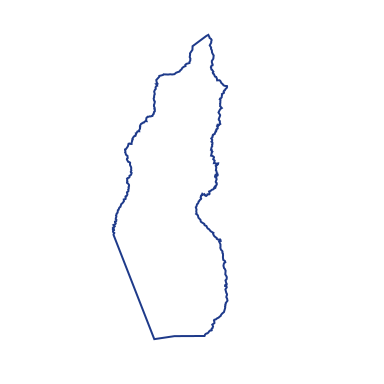 outline of Mirador, Maranhão, Brazil, rotated 115°
{"feature_id": "56859067B34634545665479", "entity_name": "Mirador", "entity_type": "district", "adm_level": 2, "iso_a3": "BRA", "parent_name": "Brazil", "parent_adm1": "Maranhão", "projection": "robinson", "projection_center": [-45.153, -6.403], "detail": "fine", "context": "isolated", "style": "outline", "palette": "blue", "viewbox_px": 384, "rotation_deg": 115, "n_neighbors": 0, "source": "geoboundaries", "source_scale": "gbopen_adm2", "svg_char_len": 6074}
<svg xmlns="http://www.w3.org/2000/svg" viewBox="0 0 384 384"><g transform="rotate(115 192 192)"><path d="M268.9,118.3L266.1,120.6L263.8,120.2L263.3,120.5L262.9,121.2L263.2,122.3L262.5,122.6L261.4,122.0L261.6,121.5L260.7,121.6L260.5,122.1L257.9,124.3L256.6,123.8L255.1,124.2L254.1,124.8L252.6,127.0L249.1,128.3L247.8,129.8L247.5,130.7L245.6,132.3L243.7,132.8L242.7,132.8L241.6,132.1L240.7,132.9L240.3,135.0L237.9,136.5L236.5,137.0L234.7,138.0L234.3,138.8L233.4,139.0L232.8,139.5L232.0,141.4L230.6,142.8L229.9,142.9L227.4,144.1L225.5,146.4L224.9,146.0L224.4,146.1L224.2,145.4L223.5,145.8L223.1,146.5L224.1,147.9L224.0,149.7L223.3,150.1L222.8,152.5L222.3,153.7L221.4,154.7L220.9,155.3L220.0,155.3L219.7,158.5L218.5,160.9L218.5,162.0L218.0,163.1L216.7,164.6L216.8,166.3L216.6,166.8L215.7,167.4L215.3,171.1L214.7,171.9L213.6,172.6L212.6,175.3L210.8,176.7L210.5,177.2L210.1,179.0L209.4,178.8L207.7,180.0L206.0,180.5L204.2,182.1L203.3,181.8L201.0,182.3L200.4,181.9L199.2,181.7L197.8,182.0L197.4,181.7L196.1,181.6L194.7,180.9L194.1,180.9L193.3,181.9L192.5,181.9L192.0,182.2L191.3,182.2L190.6,181.5L190.0,181.9L189.4,181.9L189.7,181.2L189.2,180.5L189.3,179.9L188.8,179.8L189.1,179.0L189.6,178.6L189.7,178.0L189.4,177.3L188.7,177.2L188.2,176.9L187.5,177.0L186.9,175.5L186.3,175.3L184.9,176.1L184.3,176.7L183.1,175.6L181.7,175.0L180.4,173.7L178.8,173.7L178.9,173.0L178.5,172.6L177.9,172.7L177.9,173.6L176.4,173.3L176.1,172.8L174.4,172.8L173.4,173.5L173.4,174.1L172.8,174.8L169.9,175.1L169.5,175.7L168.2,176.3L168.0,177.0L168.5,177.4L168.1,177.8L166.7,177.9L166.6,177.0L166.8,176.3L166.2,175.8L165.6,175.9L165.4,176.5L164.7,176.8L165.0,177.4L163.9,177.8L162.5,178.9L162.3,179.5L159.6,180.3L158.3,181.5L157.2,180.7L155.7,180.2L155.0,180.4L156.4,182.6L156.0,183.5L156.5,184.3L154.0,184.7L153.3,186.7L151.5,186.6L151.0,187.0L150.7,188.4L151.0,190.1L149.1,190.4L148.5,190.7L146.9,190.6L146.9,191.2L145.7,191.7L145.8,192.6L143.0,193.2L142.0,193.0L140.5,193.9L140.0,193.7L138.5,194.4L138.2,195.6L137.3,195.4L136.2,195.7L135.3,197.2L133.9,196.6L133.2,196.7L132.8,197.1L131.7,196.9L131.3,197.2L130.6,196.8L130.0,196.0L127.7,196.2L127.1,195.8L126.7,196.2L126.0,195.9L125.2,196.4L124.6,196.3L124.0,195.7L123.3,195.6L122.3,196.3L121.9,196.9L121.5,196.5L121.1,196.9L120.9,196.3L120.2,195.9L119.8,196.5L119.5,195.9L118.4,195.1L117.2,196.2L116.0,196.7L115.2,198.3L114.5,198.6L111.0,198.8L110.4,199.0L108.7,201.6L105.6,201.5L104.4,201.2L103.3,200.5L102.3,202.9L101.4,203.1L99.9,204.0L99.4,203.9L98.0,204.6L97.2,204.8L96.5,205.2L96.3,206.0L95.4,206.0L95.1,205.5L93.6,205.1L92.1,205.7L91.5,205.7L90.6,206.3L88.8,205.0L88.3,205.1L87.8,205.7L87.2,205.8L86.4,205.7L86.0,205.2L84.7,205.2L82.9,204.5L81.9,204.6L81.2,205.1L81.9,206.9L82.0,208.5L81.2,209.9L80.9,211.3L79.3,213.4L79.1,214.3L80.2,216.4L78.7,217.4L77.5,218.7L77.7,219.7L77.5,220.2L75.9,221.9L75.8,222.8L75.1,223.6L74.0,223.4L72.8,225.4L72.8,226.1L72.2,226.7L71.5,226.9L71.2,227.5L70.8,227.7L69.2,227.7L68.5,226.9L67.8,227.1L66.4,228.6L64.9,229.4L62.2,229.0L59.0,230.1L58.6,230.9L57.1,232.8L55.2,233.9L54.2,235.3L53.0,235.7L51.6,237.9L48.6,237.7L47.4,238.2L46.0,238.4L45.3,239.3L44.9,241.2L43.7,242.2L43.4,242.9L42.7,243.6L44.4,244.9L59.6,253.1L62.9,251.7L67.2,252.4L68.5,251.7L70.7,251.1L71.8,249.8L72.5,249.7L73.0,249.3L73.8,249.1L74.9,249.3L76.2,248.8L78.2,251.2L79.6,251.8L80.6,251.1L81.9,252.3L83.5,253.2L85.5,253.4L86.8,254.1L88.0,254.2L90.6,256.8L92.6,257.7L93.9,259.7L94.5,261.5L95.6,263.2L97.4,267.5L98.0,267.6L99.2,268.9L100.6,270.7L101.5,270.4L105.6,271.7L107.6,270.3L108.4,269.1L109.3,270.1L109.6,269.2L110.4,268.5L110.8,269.0L112.5,269.3L113.9,268.4L115.2,268.8L117.0,268.7L119.0,267.1L119.6,267.2L121.3,266.8L122.3,266.3L123.4,266.3L125.3,264.9L125.4,264.3L125.9,263.8L128.2,263.3L129.1,263.3L130.4,262.7L131.3,261.6L132.0,261.1L132.6,261.3L133.0,260.5L134.7,259.8L135.2,260.2L135.8,260.2L137.4,259.7L138.0,260.1L139.8,260.0L140.1,260.7L140.9,261.2L141.3,262.3L142.3,263.3L142.5,264.0L144.2,264.6L146.4,263.9L147.0,263.2L147.3,264.0L147.8,264.4L149.3,264.9L149.5,265.5L150.6,265.9L150.9,266.4L152.0,267.0L153.7,267.1L154.4,267.0L154.8,266.4L155.4,266.5L156.5,265.9L158.6,266.0L159.3,265.5L160.1,267.0L162.1,267.2L162.5,267.6L162.8,267.2L165.0,267.0L165.1,267.6L166.5,268.2L168.9,268.5L169.5,267.9L170.4,268.2L170.9,267.8L172.8,267.6L174.0,267.1L174.5,268.3L174.5,269.2L175.1,269.9L177.7,269.4L181.0,270.0L181.7,270.7L182.2,270.5L182.7,269.9L183.4,269.5L184.3,269.4L184.6,268.8L185.8,267.9L186.2,267.4L186.5,265.8L188.4,264.6L189.3,265.0L190.0,264.8L191.6,262.6L191.4,261.0L191.7,260.4L193.0,260.0L193.9,259.4L195.3,257.6L196.4,257.0L197.2,256.8L198.2,256.0L199.4,256.1L200.0,255.7L200.2,254.8L202.1,254.5L203.8,255.5L204.6,255.0L205.2,255.0L205.8,255.3L206.7,256.3L207.5,256.5L208.2,255.8L209.2,255.6L209.9,254.9L210.6,255.1L211.2,254.7L211.4,253.5L212.0,252.3L213.1,251.6L214.5,251.6L214.8,251.1L216.0,250.7L216.7,250.9L217.4,250.3L218.4,250.0L219.6,250.8L220.1,250.7L221.3,249.6L221.7,249.5L223.3,249.6L223.7,250.2L224.2,250.4L224.8,250.1L225.2,249.6L226.5,249.3L227.6,250.7L229.2,249.8L231.4,250.3L233.0,251.0L235.7,250.6L236.2,251.0L237.5,251.3L239.1,251.0L239.8,251.5L242.2,250.7L243.4,251.2L244.6,250.8L245.3,251.0L246.3,250.1L247.9,250.0L248.8,249.7L249.0,248.9L250.4,248.4L250.9,248.6L251.4,249.3L252.0,249.0L252.6,247.9L253.5,247.9L255.1,249.2L255.7,247.5L256.8,247.8L257.3,248.4L257.8,248.5L258.1,247.6L258.5,247.3L258.5,248.1L259.1,248.1L259.5,247.7L259.3,247.1L259.7,246.7L260.3,247.2L261.0,247.0L261.7,246.4L262.0,245.1L263.6,245.2L264.1,244.9L341.3,164.0L330.0,146.9L317.2,119.8L315.7,119.9L314.9,119.6L314.0,119.0L313.6,118.3L312.3,117.7L311.5,117.7L310.1,117.2L309.7,116.9L309.6,116.3L309.0,115.7L307.8,116.4L307.2,116.3L306.8,115.9L304.9,116.1L303.6,117.6L301.4,116.3L300.3,116.8L299.2,117.8L298.4,117.8L297.4,116.6L295.6,115.7L294.7,114.8L293.2,114.3L292.5,113.7L290.9,113.7L289.4,113.3L287.3,112.3L282.8,113.0L281.6,113.8L281.0,113.6L279.8,114.3L279.0,114.1L278.4,114.5L275.5,113.9L273.7,115.2L273.0,116.3L272.1,116.7L270.4,116.8L269.7,117.2L268.9,118.3Z" fill="none" stroke="#1e3a8a" stroke-width="2"/></g></svg>